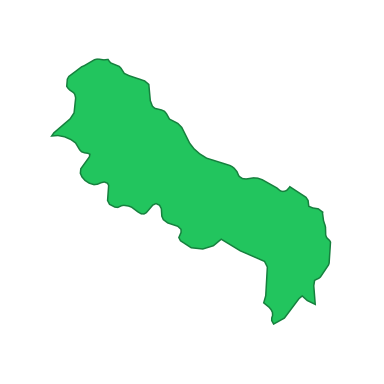 an SVG outline of Modena, rotated 102°
{"feature_id": "ITA-5358", "entity_name": "Modena", "entity_type": "Province", "adm_level": 1, "iso_a3": "ITA", "parent_name": "Italy", "parent_adm1": "", "projection": "albers", "projection_center": [10.884, 44.538], "detail": "fine", "context": "isolated", "style": "filled", "palette": "green", "viewbox_px": 384, "rotation_deg": 102, "n_neighbors": 0, "source": "natural_earth", "source_scale": "10m", "svg_char_len": 2006}
<svg xmlns="http://www.w3.org/2000/svg" viewBox="0 0 384 384"><g transform="rotate(102 192 192)"><path d="M79.8,301.7L81.6,299.8L82.7,298.1L84.3,289.3L85.7,287.2L90.1,282.9L91.3,277.8L93.2,261.4L95.8,256.6L111.3,251.8L116.3,248.6L117.9,245.8L118.1,239.0L118.8,235.7L120.8,233.2L125.4,229.2L127.9,220.1L131.0,215.4L144.7,204.5L149.3,199.1L153.0,192.6L155.9,184.7L158.2,160.4L158.9,158.0L160.0,155.7L162.8,152.2L166.1,149.9L167.0,148.9L168.4,145.4L168.0,141.7L165.4,134.8L164.8,130.6L165.4,125.8L170.4,109.8L172.2,106.5L172.6,105.2L172.6,103.5L172.1,101.9L171.4,100.6L170.4,99.5L167.1,97.6L166.5,97.4L173.5,79.4L176.2,76.7L181.7,74.8L182.5,70.5L182.2,65.0L184.5,60.0L184.8,60.2L192.7,57.4L195.7,55.7L196.6,55.1L198.7,54.1L206.2,52.3L207.8,51.4L208.9,50.4L210.2,48.3L210.8,47.4L211.5,46.7L212.3,46.1L233.0,43.1L234.9,43.3L248.4,48.7L249.3,49.4L250.1,50.1L252.2,52.9L253.0,53.7L258.4,53.4L276.3,48.1L274.2,56.7L270.8,62.6L273.9,65.1L296.1,75.4L304.2,84.7L301.2,87.3L298.6,87.8L296.0,87.5L293.0,88.3L290.6,90.2L288.7,92.6L285.5,98.8L278.1,98.3L249.7,102.7L244.8,106.6L239.5,132.5L232.1,153.6L240.1,159.9L245.5,169.6L246.7,181.2L242.1,193.1L239.3,195.4L233.8,194.3L230.8,195.0L228.5,198.7L227.3,209.3L225.0,214.3L221.9,216.5L214.7,218.5L211.7,221.0L210.8,224.8L212.9,227.6L221.7,232.4L223.4,234.3L223.9,237.1L222.7,240.8L219.4,247.9L218.9,251.2L219.2,255.9L220.0,258.0L222.5,261.4L222.8,264.3L221.2,270.1L217.9,272.8L202.9,274.9L201.0,276.5L200.4,279.9L201.9,283.0L204.0,286.0L205.2,289.4L204.7,294.5L202.9,299.1L200.1,302.8L196.9,305.1L192.4,305.6L179.0,299.7L176.3,299.7L175.8,302.0L176.0,305.3L175.6,308.4L174.1,310.6L168.2,316.1L165.9,321.3L164.5,328.0L164.6,334.9L166.4,340.9L162.8,339.4L145.8,326.4L139.1,323.8L124.7,325.3L123.6,325.6L121.2,326.8L120.4,327.4L119.6,328.3L119.1,329.3L117.7,332.7L116.4,334.7L114.7,336.5L107.6,337.4L104.6,336.5L92.5,326.0L90.8,323.6L82.9,314.9L82.4,313.9L81.9,312.8L81.6,311.5L81.4,310.2L81.1,305.6L79.8,301.7Z" fill="#22c55e" stroke="#15803d" stroke-width="1.5"/></g></svg>